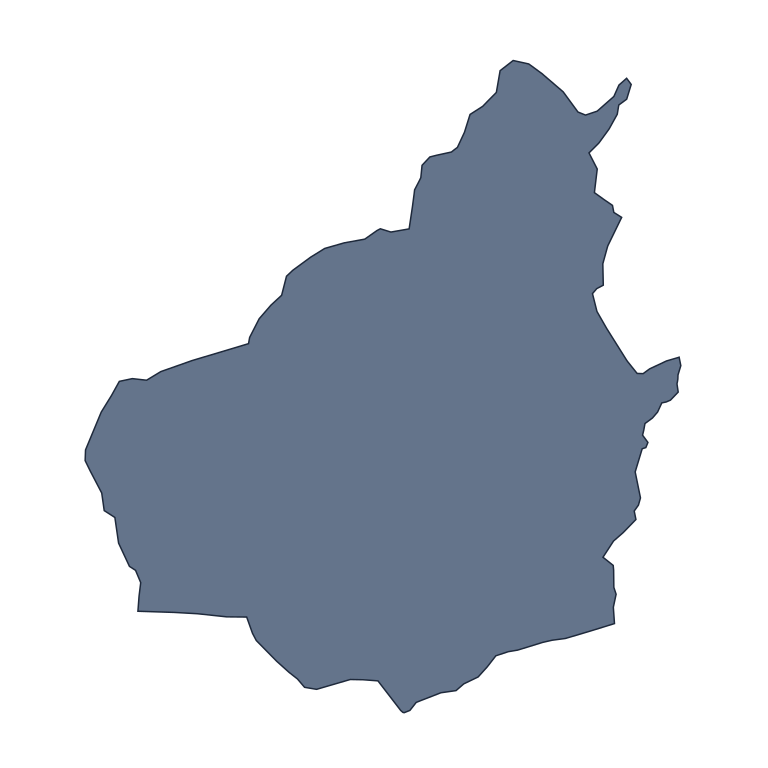 the district of Mbam-et-Kim, Centre, Cameroon, rotated 182°
{"feature_id": "32672807B95944109326060", "entity_name": "Mbam-et-Kim", "entity_type": "district", "adm_level": 2, "iso_a3": "CMR", "parent_name": "Cameroon", "parent_adm1": "Centre", "projection": "natural_earth1", "projection_center": [11.781, 5.302], "detail": "fine", "context": "isolated", "style": "filled", "palette": "slate", "viewbox_px": 768, "rotation_deg": 182, "n_neighbors": 0, "source": "geoboundaries", "source_scale": "gbopen_adm2", "svg_char_len": 2146}
<svg xmlns="http://www.w3.org/2000/svg" viewBox="0 0 768 768"><g transform="rotate(182 384 384)"><path d="M355.9,58.3L353.7,56.5L352.4,56.2L346.7,58.7L340.7,66.9L335.7,69.1L316.4,77.4L301.3,80.1L293.8,87.1L279.7,94.5L273.9,101.4L271.1,104.7L262.7,116.3L250.5,120.8L241.2,122.7L216.4,131.3L207.0,133.8L193.9,136.0L170.3,143.9L156.5,148.7L145.3,152.6L147.0,168.9L144.7,182.0L147.2,188.8L148.0,206.0L148.6,210.7L159.1,218.5L149.1,235.1L139.8,243.8L127.5,257.4L129.5,265.8L125.5,271.8L123.7,279.1L129.9,304.9L123.7,328.3L120.1,329.6L118.2,334.8L123.8,341.9L122.8,346.8L121.8,353.6L114.5,359.4L109.6,365.5L105.7,374.8L101.3,375.9L98.6,377.2L97.2,377.8L89.7,386.2L91.2,394.4L90.8,396.7L90.5,399.2L90.5,403.3L88.0,412.7L90.0,421.1L91.3,420.6L102.5,416.9L118.9,408.5L120.6,407.2L125.4,403.4L131.4,403.4L141.4,415.0L142.5,416.5L163.0,446.7L163.9,448.1L173.7,463.9L178.8,481.6L175.6,485.6L174.8,486.7L168.3,490.4L169.5,511.8L165.5,528.6L165.1,530.0L152.3,558.8L160.3,563.5L161.9,570.5L170.7,576.1L180.4,582.6L178.4,606.3L187.2,622.1L178.4,631.5L177.6,632.4L169.3,644.7L167.9,646.8L160.3,661.7L159.1,671.0L151.4,677.1L147.4,692.0L152.2,698.0L159.6,691.0L164.3,679.4L180.5,664.1L192.0,659.8L199.7,662.6L200.6,663.8L215.1,682.2L235.6,698.6L236.5,699.4L250.5,708.9L253.1,709.4L266.2,711.8L278.9,701.2L279.4,697.5L281.9,679.3L290.4,670.1L295.0,665.0L307.4,656.4L312.4,638.3L318.9,623.0L321.8,620.7L324.7,618.2L339.6,614.4L346.1,612.5L353.6,603.9L354.4,591.5L356.1,587.7L360.2,579.1L360.5,575.3L361.8,561.9L364.3,539.9L382.4,536.1L393.1,539.0L396.4,537.1L408.3,528.1L428.6,523.7L448.0,517.4L461.6,508.3L479.2,494.4L485.2,488.3L489.4,469.1L499.7,458.9L511.0,444.9L519.9,425.9L520.8,419.6L576.7,400.7L607.5,388.6L621.4,379.5L635.7,380.6L648.6,377.4L656.0,362.9L665.6,346.1L680.0,307.7L680.0,297.0L674.5,286.7L662.3,265.2L659.2,247.7L648.3,241.2L643.7,215.7L632.0,192.8L625.8,189.1L620.2,177.0L621.4,163.3L622.0,148.3L585.6,148.4L562.4,147.9L533.2,145.8L513.1,146.3L506.7,130.2L502.7,123.2L481.5,103.1L468.7,92.4L460.2,86.2L452.8,78.1L440.7,76.5L427.4,80.9L407.4,87.5L394.5,87.7L379.7,87.1L355.9,58.3Z" fill="#64748b" stroke="#1e293b" stroke-width="1.5"/></g></svg>